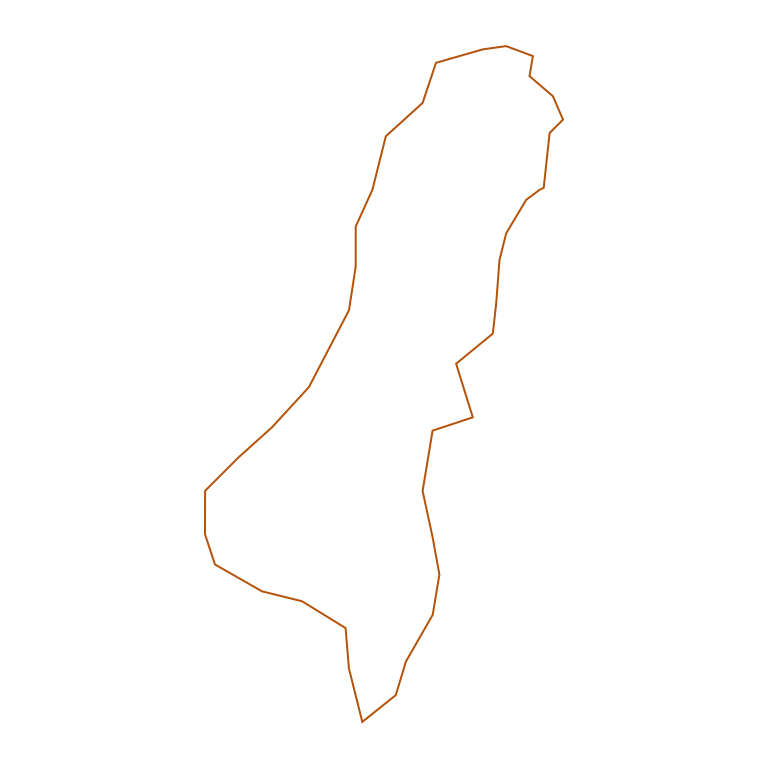 the district of Seo-gu, Daejeon, South Korea
{"feature_id": "91817680B57044302860475", "entity_name": "Seo-gu", "entity_type": "district", "adm_level": 2, "iso_a3": "KOR", "parent_name": "South Korea", "parent_adm1": "Daejeon", "projection": "orthographic", "projection_center": [127.358, 36.275], "detail": "fine", "context": "isolated", "style": "outline", "palette": "amber", "viewbox_px": 768, "rotation_deg": 0, "n_neighbors": 0, "source": "geoboundaries", "source_scale": "gbopen_adm2", "svg_char_len": 660}
<svg xmlns="http://www.w3.org/2000/svg" viewBox="0 0 768 768"><path d="M543.7,187.8L549.6,133.0L563.0,119.6L552.9,96.2L538.9,84.2L529.5,76.1L532.9,56.1L506.1,46.1L482.7,49.4L436.0,62.8L422.6,102.9L385.8,136.3L372.4,189.8L355.7,226.6L355.7,266.7L349.0,310.2L308.9,387.1L272.0,427.3L238.5,457.4L221.8,474.1L205.1,490.8L205.0,527.6L205.0,534.3L215.0,564.5L261.9,591.3L302.1,601.3L345.6,628.1L348.9,668.3L362.3,721.9L395.8,695.1L405.9,661.6L432.7,614.8L439.4,574.6L432.7,537.7L422.6,490.9L432.6,430.6L472.8,417.3L456.1,363.7L492.8,333.6L496.2,303.5L499.5,260.0L506.2,233.3L526.2,199.8L539.6,189.8L543.7,187.8Z" fill="none" stroke="#b45309" stroke-width="2"/></svg>